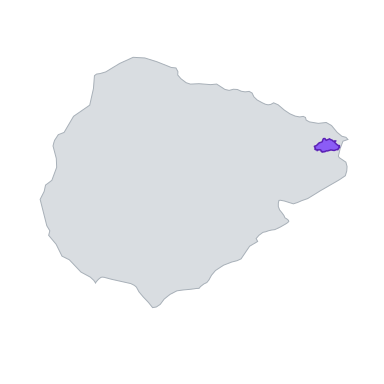 location of Tomás Gomensoro, Artigas, Uruguay, rotated 102°
{"feature_id": "84410073B21516970861413", "entity_name": "Tomás Gomensoro", "entity_type": "district", "adm_level": 2, "iso_a3": "URY", "parent_name": "Uruguay", "parent_adm1": "Artigas", "projection": "equal_earth", "projection_center": [-57.351, -30.496], "detail": "fine", "context": "in_parent", "style": "filled", "palette": "violet", "viewbox_px": 384, "rotation_deg": 102, "n_neighbors": 0, "source": "geoboundaries", "source_scale": "gbopen_adm2", "svg_char_len": 3058}
<svg xmlns="http://www.w3.org/2000/svg" viewBox="0 0 384 384"><g transform="rotate(102 192 192)"><path d="M301.1,267.4L298.9,269.6L296.4,273.8L293.4,284.0L283.8,297.9L281.8,305.8L271.4,314.0L264.2,323.2L259.5,323.0L255.2,327.0L230.8,339.0L222.1,336.7L215.7,336.7L209.7,331.5L196.0,329.5L187.4,331.7L175.9,337.5L172.4,337.4L169.9,337.1L163.7,334.7L160.3,329.5L142.6,323.6L128.3,310.1L111.4,309.9L98.5,311.6L96.5,309.9L95.2,306.4L92.5,301.4L81.3,289.5L72.5,277.6L70.7,266.0L71.9,253.3L74.5,238.2L74.0,233.5L77.2,230.8L80.5,230.3L83.5,226.4L86.3,220.5L86.8,216.0L84.6,207.7L83.1,196.1L81.3,190.3L84.8,181.2L84.9,176.8L82.9,172.9L82.3,168.9L83.2,164.7L83.0,160.8L81.7,157.0L82.7,153.8L86.0,151.3L88.4,147.5L90.0,142.3L90.9,138.4L90.9,135.7L89.9,133.1L87.8,130.7L88.8,125.9L92.7,118.7L95.2,112.4L96.3,106.8L96.2,102.3L94.9,98.9L95.5,96.5L97.9,95.3L99.0,91.7L98.6,82.7L96.1,75.2L98.0,69.3L103.4,62.5L106.3,57.0L106.5,52.8L108.2,50.4L110.9,54.9L118.6,56.1L126.5,56.3L127.8,55.1L130.8,47.7L134.9,45.6L139.3,45.0L144.2,45.4L149.3,50.3L163.8,66.4L174.4,77.5L177.6,82.8L180.4,86.7L182.5,90.4L181.6,99.9L181.7,104.0L182.2,105.2L184.6,105.3L188.2,104.6L191.3,102.6L193.7,99.6L196.0,97.1L197.9,95.8L198.6,93.7L199.7,91.7L200.8,91.2L202.9,92.8L207.8,98.2L211.6,103.2L212.6,106.1L214.0,109.1L215.6,111.7L216.7,114.2L220.4,117.5L224.2,119.6L226.7,117.5L233.1,124.4L247.2,130.1L249.8,133.6L252.2,138.5L257.1,146.0L263.9,152.7L269.3,155.6L274.6,157.2L277.5,158.7L279.5,161.3L282.7,164.0L284.8,165.1L285.4,167.5L287.4,173.0L289.5,179.8L291.8,186.2L296.8,192.3L302.6,197.0L308.5,199.7L311.9,203.0L313.3,206.5L309.1,211.6L304.7,218.0L300.7,223.1L296.6,226.6L295.3,229.0L294.3,232.8L294.1,252.7L293.7,260.1L293.9,262.1L294.5,263.4L296.9,265.4L299.9,267.1L301.1,267.4Z" fill="#d9dde1" stroke="#a8b0b8" stroke-width="1"/><path d="M112.1,73.1L112.2,73.8L112.5,74.5L112.9,74.6L113.4,74.8L114.0,74.9L114.7,75.0L115.5,75.0L115.9,75.2L116.5,76.1L117.2,77.4L117.8,78.1L119.4,79.1L120.5,79.8L120.9,80.2L121.5,81.2L121.8,81.7L122.1,81.7L122.3,81.6L122.6,81.2L123.0,80.9L123.5,80.5L123.6,80.3L123.8,80.3L124.0,80.4L124.2,80.7L124.4,80.7L124.7,80.5L124.9,80.0L124.8,79.5L124.8,79.1L125.1,78.5L125.4,78.2L125.1,78.0L124.9,77.9L124.6,77.9L124.6,77.4L124.6,77.0L124.3,76.8L124.2,76.6L124.2,76.4L124.3,76.2L124.2,75.9L124.0,75.6L124.0,75.4L124.4,74.7L124.4,74.4L124.6,74.3L125.0,74.3L125.2,74.2L125.4,73.9L125.8,73.1L125.9,72.9L125.8,72.7L125.6,72.6L125.3,72.6L125.2,72.4L125.3,72.0L125.4,71.5L125.4,71.3L125.2,71.1L124.8,70.7L124.7,70.0L124.4,69.7L123.9,69.3L123.7,68.8L123.6,67.7L123.1,67.1L122.8,66.4L122.6,65.9L122.1,65.3L121.9,64.0L121.9,62.7L121.8,61.5L121.1,60.4L120.5,59.5L120.3,58.5L120.1,58.6L119.9,58.5L119.5,57.8L119.1,57.8L119.0,57.7L118.4,57.4L118.4,57.5L118.1,57.6L117.9,57.5L117.8,57.4L117.7,57.4L117.4,57.3L117.2,57.4L117.1,57.5L117.0,57.4L116.9,57.3L116.9,57.2L116.0,57.5L116.1,58.8L115.3,60.5L113.6,63.0L112.3,62.1L112.2,62.7L112.9,63.9L112.9,64.7L112.3,65.3L112.0,66.7L111.9,67.7L111.4,68.4L113.5,71.5L112.1,73.1Z" fill="#8b5cf6" stroke="#5b21b6" stroke-width="1.5"/></g></svg>